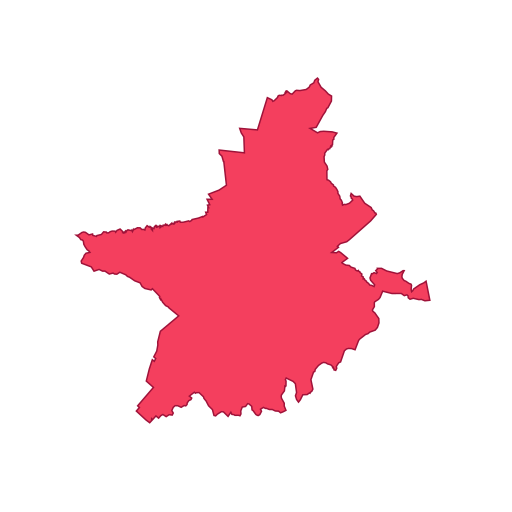 Palmar de Bravo, Puebla, Mexico, rotated 284°
{"feature_id": "50627088B49956020835761", "entity_name": "Palmar de Bravo", "entity_type": "district", "adm_level": 2, "iso_a3": "MEX", "parent_name": "Mexico", "parent_adm1": "Puebla", "projection": "robinson", "projection_center": [-97.52, 18.838], "detail": "fine", "context": "isolated", "style": "filled", "palette": "rose", "viewbox_px": 512, "rotation_deg": 284, "n_neighbors": 0, "source": "geoboundaries", "source_scale": "gbopen_adm2", "svg_char_len": 6103}
<svg xmlns="http://www.w3.org/2000/svg" viewBox="0 0 512 512"><g transform="rotate(284 256 256)"><path d="M232.7,76.6L231.2,80.2L229.5,82.1L229.5,83.8L228.6,84.9L225.7,86.1L223.6,88.0L221.2,90.7L220.6,92.4L219.3,94.0L217.6,90.4L215.2,89.2L212.9,89.0L208.8,87.6L206.8,88.6L205.6,98.8L202.1,102.5L205.0,107.0L204.2,110.7L204.8,113.1L203.0,118.0L204.8,121.4L204.3,123.1L204.7,125.4L207.3,127.8L206.3,134.1L205.1,136.2L204.8,138.5L202.6,144.3L201.9,150.1L198.9,152.8L197.6,156.0L197.7,162.5L199.2,163.4L193.5,172.4L192.5,172.3L191.2,173.4L191.5,173.8L190.4,174.2L190.7,174.7L188.5,176.7L186.0,180.3L185.4,183.2L184.6,184.1L179.2,195.5L159.8,181.4L148.9,181.4L145.8,182.3L139.7,182.7L133.4,181.2L132.3,183.5L129.2,182.8L130.3,180.5L120.6,179.8L108.1,179.8L103.7,188.3L82.0,177.4L80.8,179.5L76.6,177.4L70.3,188.9L68.5,193.2L71.6,194.9L71.9,194.3L72.9,194.1L72.3,195.3L76.6,197.6L75.1,200.7L78.1,202.3L79.7,204.0L78.4,207.7L81.0,210.1L81.4,213.2L83.6,213.7L85.7,211.7L89.1,212.3L91.2,213.7L91.8,216.3L91.1,220.0L93.5,222.4L93.6,224.1L95.2,225.0L96.7,224.8L99.3,225.7L100.9,227.6L102.6,228.0L103.9,225.2L108.9,229.1L108.2,230.4L108.9,231.1L109.7,233.8L106.7,239.1L105.2,240.0L103.2,242.7L99.2,246.2L96.4,250.9L91.1,253.8L91.1,255.5L93.2,256.8L96.6,260.1L96.9,262.1L93.6,267.7L98.3,269.4L96.5,270.9L96.7,273.1L96.3,274.1L97.2,277.4L97.1,279.1L99.1,279.6L102.0,278.7L106.1,279.2L107.5,282.3L110.7,283.6L110.8,284.9L109.1,288.2L105.7,289.4L105.4,290.4L102.2,294.2L101.7,295.9L101.8,296.9L103.1,298.1L106.7,298.9L108.4,297.4L110.9,299.8L110.4,302.1L110.7,303.0L110.3,306.1L111.0,309.0L110.3,312.2L110.9,315.5L109.8,317.8L111.4,320.0L113.5,322.4L117.2,319.7L120.0,319.0L124.2,315.1L125.9,314.4L127.3,314.3L132.0,316.2L136.7,315.5L136.5,316.1L137.2,316.5L141.9,315.4L143.1,314.4L144.9,314.8L143.3,322.4L141.6,325.1L133.3,328.4L129.9,328.1L126.6,330.1L124.5,332.6L127.2,333.8L132.7,335.0L133.9,339.1L136.0,340.9L135.9,341.6L136.8,341.7L138.3,342.9L140.6,343.4L149.3,339.2L157.3,339.9L158.2,341.0L160.4,340.9L164.9,343.1L167.9,345.6L169.1,347.3L169.3,349.5L168.6,351.6L168.5,354.8L166.8,357.9L166.1,357.5L165.7,358.7L164.4,359.2L164.3,361.0L166.6,361.5L168.1,360.7L169.1,360.9L172.4,362.1L173.7,363.7L185.4,364.7L187.7,366.3L188.7,368.1L189.3,371.1L189.0,374.8L198.9,376.0L200.6,376.8L206.4,381.3L207.7,383.4L209.7,384.8L212.9,389.6L216.0,391.1L220.8,391.5L225.0,390.3L229.6,385.0L230.6,382.8L231.8,382.0L235.5,383.1L239.3,382.1L240.3,382.3L243.6,385.4L245.7,386.4L252.5,387.4L252.5,397.0L254.8,406.0L253.4,409.5L254.8,411.8L254.1,413.2L252.3,413.8L251.3,415.9L253.0,418.8L253.1,424.7L253.9,427.0L253.4,430.7L255.1,435.4L272.7,427.1L270.5,425.3L267.8,421.9L262.1,416.9L260.2,416.5L259.0,415.6L261.2,414.6L265.2,414.0L266.2,413.2L266.4,411.1L267.8,407.4L268.0,405.7L269.8,403.3L271.1,402.6L273.5,402.3L277.6,403.3L277.4,402.3L274.4,399.5L273.1,397.3L273.1,386.4L274.4,380.8L273.4,376.7L272.7,377.0L270.8,375.7L269.3,377.6L268.1,377.1L268.4,374.6L266.8,373.1L266.8,372.4L262.3,371.9L260.2,373.1L256.7,378.1L254.9,377.9L255.5,375.4L255.3,373.4L256.7,371.8L257.5,369.7L258.3,369.2L258.8,367.7L260.0,366.7L260.3,366.1L259.8,365.6L261.7,365.0L262.2,363.2L264.1,363.1L265.1,360.9L265.8,360.6L266.1,359.0L266.7,358.8L266.0,357.8L266.5,355.9L267.9,355.0L268.2,350.9L269.4,348.8L268.9,345.4L269.9,341.4L270.4,340.9L275.9,345.4L279.8,337.3L280.5,335.1L278.6,333.3L277.7,328.6L284.4,333.9L285.1,332.6L288.5,334.9L291.8,340.6L294.5,342.7L317.7,358.7L325.5,362.7L326.6,361.9L326.6,360.9L328.4,359.0L328.8,357.7L330.9,356.0L333.5,348.7L339.2,342.3L338.0,339.4L337.8,336.7L339.7,333.2L337.1,333.1L336.5,333.9L335.1,334.5L334.7,335.5L333.6,336.3L329.8,333.9L327.6,330.7L327.6,329.6L326.4,327.8L327.1,327.8L327.4,326.9L328.5,327.0L330.8,325.3L331.8,323.8L334.3,322.8L336.6,320.3L338.3,319.9L340.1,318.4L341.9,316.5L342.6,314.4L343.7,313.9L344.8,311.4L346.0,310.4L347.1,308.1L347.2,306.4L355.9,304.1L357.4,304.7L360.4,303.2L363.7,299.6L368.8,298.0L370.7,298.3L372.3,297.8L376.6,299.5L376.6,300.3L377.3,300.3L378.0,301.6L379.6,301.8L380.0,302.6L380.8,302.1L381.2,303.0L381.6,302.5L382.5,303.3L387.1,302.4L388.1,303.3L389.8,302.8L394.8,304.8L394.9,300.0L393.4,291.5L392.3,288.2L390.4,285.9L392.9,277.6L395.4,283.3L408.6,286.8L412.9,288.4L416.3,288.9L417.3,289.9L424.6,291.7L429.5,290.6L430.6,287.0L433.0,283.4L435.5,278.3L440.0,274.0L442.5,274.0L443.5,272.6L440.7,270.5L438.0,270.2L435.1,267.3L432.7,266.8L429.7,264.4L427.1,258.5L426.6,255.3L425.8,254.2L421.8,251.9L421.8,249.9L423.7,246.0L423.4,245.3L422.9,245.0L422.3,246.0L421.3,244.8L421.0,245.3L418.5,243.4L418.3,242.1L418.7,241.9L417.9,241.9L417.5,239.6L416.6,238.7L415.0,238.5L411.1,236.1L410.1,234.9L411.4,233.7L412.4,228.7L378.7,226.9L375.9,209.3L371.9,211.9L368.6,215.4L353.3,219.8L349.9,194.6L346.5,195.6L344.6,198.8L339.9,201.5L339.9,201.9L317.5,210.2L311.0,204.2L304.5,195.0L300.4,199.7L299.2,194.8L294.6,198.7L293.6,196.6L291.5,198.3L291.4,197.6L286.8,198.6L286.3,196.6L284.2,198.0L281.0,195.0L281.4,194.6L278.9,191.0L275.9,185.1L275.1,185.0L273.4,183.4L273.8,182.2L271.1,177.1L270.4,174.4L271.5,173.6L270.5,171.1L269.9,171.4L269.3,168.9L268.2,169.3L267.1,168.7L267.0,168.1L267.7,167.7L266.4,166.1L267.1,166.0L264.3,164.1L264.4,162.6L265.1,161.9L264.9,161.3L264.1,161.7L263.9,161.3L264.9,160.4L263.7,160.0L263.6,158.5L264.0,158.4L262.1,158.4L262.4,156.2L261.4,156.9L260.2,156.0L261.7,155.2L262.3,155.6L260.5,153.6L261.0,153.2L260.8,152.8L260.2,153.0L259.8,152.5L260.5,151.4L262.1,151.9L259.9,150.3L258.0,150.4L258.1,149.4L257.7,149.6L257.1,148.9L255.8,149.3L256.8,147.9L257.2,148.4L258.5,147.4L259.0,146.1L258.2,146.1L258.2,145.3L259.1,143.0L256.4,141.8L254.3,141.9L254.6,140.5L254.1,138.8L255.3,136.7L254.7,134.1L252.1,131.2L252.4,130.9L249.8,130.2L251.2,129.3L250.5,129.0L250.4,125.4L249.4,124.5L247.7,124.0L248.7,123.3L248.4,123.1L246.2,122.3L246.4,121.1L247.1,121.4L249.3,117.6L247.3,115.0L245.1,114.1L246.0,113.3L245.4,110.4L244.3,108.6L242.9,107.5L242.3,105.7L243.0,105.1L242.6,102.3L239.5,100.8L237.3,96.6L236.4,96.4L236.5,92.7L237.8,92.1L236.1,88.8L237.7,84.8L237.6,83.0L236.7,81.4L233.2,78.4L232.7,76.6Z" fill="#f43f5e" stroke="#9f1239" stroke-width="1.5"/></g></svg>